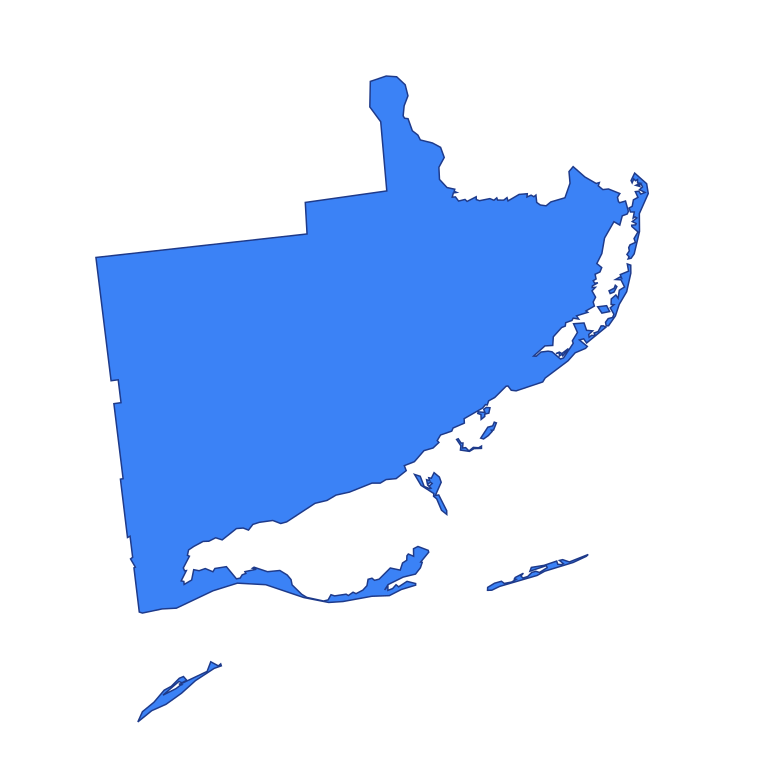 Isla Mujeres, Quintana Roo, Mexico, rotated 83°
{"feature_id": "50627088B16692163202625", "entity_name": "Isla Mujeres", "entity_type": "district", "adm_level": 2, "iso_a3": "MEX", "parent_name": "Mexico", "parent_adm1": "Quintana Roo", "projection": "natural_earth1", "projection_center": [-86.89, 21.403], "detail": "fine", "context": "isolated", "style": "filled", "palette": "blue", "viewbox_px": 768, "rotation_deg": 83, "n_neighbors": 0, "source": "geoboundaries", "source_scale": "gbopen_adm2", "svg_char_len": 6175}
<svg xmlns="http://www.w3.org/2000/svg" viewBox="0 0 768 768"><g transform="rotate(83 384 384)"><path d="M580.5,654.7L581.9,651.7L580.2,631.7L581.2,617.4L568.4,578.9L563.8,553.8L568.8,525.8L586.2,489.6L594.1,465.5L594.9,451.2L593.2,421.9L594.7,404.5L590.1,391.9L587.5,377.1L585.9,376.9L582.7,385.2L587.1,394.2L584.7,396.5L588.1,400.4L589.3,405.3L584.7,404.7L588.5,408.5L583.6,404.4L578.0,388.5L576.5,375.9L570.9,370.3L565.7,367.8L565.2,369.3L556.4,360.1L554.5,360.4L549.4,370.1L551.1,374.8L558.6,375.6L555.7,380.6L557.3,382.2L561.7,382.9L563.9,387.4L570.7,390.6L567.4,400.2L577.1,412.6L577.7,417.3L575.3,419.6L575.9,423.6L582.1,425.5L586.0,430.1L588.7,437.3L586.9,440.1L589.6,445.2L588.0,447.2L588.3,458.8L586.7,462.3L591.5,465.8L592.0,470.5L586.4,486.6L582.7,491.3L572.2,499.7L566.8,500.1L561.8,503.3L556.4,510.1L556.1,522.5L550.0,535.3L550.8,537.0L552.3,533.3L553.3,544.9L555.2,544.2L556.1,548.0L559.1,550.4L559.4,554.2L546.1,562.7L546.5,574.3L549.5,576.7L545.4,583.9L546.8,590.3L545.1,595.5L555.1,598.8L558.6,606.8L555.6,606.7L554.7,609.3L545.1,602.9L545.1,604.7L542.1,605.6L531.2,598.1L530.1,600.0L524.9,598.2L522.0,592.5L518.2,582.7L518.7,577.0L516.1,569.8L519.0,563.6L509.5,548.1L509.8,541.3L512.5,536.3L507.4,531.3L506.1,524.6L505.9,511.0L509.9,503.5L509.0,497.4L494.0,467.0L492.6,454.7L488.4,445.1L487.1,431.5L480.9,408.0L481.9,399.8L479.1,393.6L479.4,383.5L472.7,372.5L467.5,373.8L464.8,363.3L455.0,352.4L453.5,343.1L448.7,336.6L446.7,338.1L441.5,334.1L439.0,322.5L436.1,320.8L432.6,309.0L428.2,308.7L419.9,289.1L416.8,285.8L417.4,284.1L413.5,282.2L410.8,275.6L401.1,263.1L401.1,261.2L405.7,258.5L406.9,253.7L401.3,226.2L397.7,223.3L383.4,198.5L376.3,190.4L373.2,179.6L371.5,177.6L364.1,184.7L363.5,180.3L368.0,177.9L354.8,157.0L353.1,158.9L352.8,161.4L358.0,165.1L359.0,169.3L361.6,168.5L361.0,172.1L362.6,174.7L359.8,174.8L356.7,170.4L355.4,176.4L347.8,178.0L347.3,188.5L356.4,185.7L364.1,191.8L366.6,191.2L380.0,202.6L380.7,205.8L372.5,213.3L371.4,217.2L371.4,224.3L375.0,229.5L374.5,232.1L365.8,219.6L366.3,211.8L357.8,210.2L349.6,200.8L348.6,197.0L345.3,196.2L343.8,189.7L341.7,188.2L343.3,182.8L339.8,184.6L337.7,173.0L336.1,174.7L332.3,165.7L328.1,166.4L323.6,163.4L316.9,166.2L313.8,162.4L313.6,165.6L312.0,165.2L309.6,159.4L309.6,162.6L307.0,163.8L305.6,160.7L300.8,161.1L299.1,156.0L295.0,153.7L290.4,158.1L281.1,151.9L266.0,147.3L250.9,136.0L255.0,130.6L246.1,127.0L244.9,121.9L242.5,120.4L231.8,122.0L232.8,128.1L231.4,129.1L227.1,129.5L223.7,126.7L217.8,137.4L217.7,143.1L213.4,147.2L210.3,145.7L210.8,149.0L203.0,159.4L191.3,169.8L195.7,174.5L207.4,174.9L221.2,181.7L223.6,196.2L226.9,201.4L225.4,207.0L222.4,210.3L215.0,210.2L216.4,212.4L214.5,215.0L215.8,219.3L212.6,218.6L212.3,226.8L217.4,238.6L214.0,239.2L216.1,242.8L215.3,248.8L213.0,249.4L215.0,252.5L212.9,256.3L213.7,266.9L212.2,269.9L209.4,269.7L212.9,279.3L210.7,281.1L211.5,287.7L207.0,290.3L206.9,293.5L202.8,291.9L202.7,288.5L201.3,290.9L199.3,290.0L196.7,297.5L187.7,304.0L175.6,303.1L166.5,296.6L156.0,299.0L150.7,306.5L146.2,318.2L141.1,320.0L136.1,325.0L123.6,327.8L122.7,331.2L120.2,332.3L110.3,330.1L100.9,325.1L89.6,326.5L80.6,334.0L78.6,344.3L82.0,360.7L107.3,364.3L123.3,355.3L192.7,357.7L194.2,440.0L225.7,442.1L223.3,654.5L347.5,654.5L347.4,647.3L370.5,647.3L370.6,654.5L446.2,654.5L446.3,657.2L505.1,657.3L504.1,654.6L525.4,654.6L526.7,656.9L535.5,653.1L536.0,654.6L580.5,654.7ZM643.9,579.8L641.9,580.2L643.6,582.7L638.6,589.8L647.7,594.6L656.9,622.3L657.8,621.2L658.2,622.8L656.8,623.2L656.9,623.6L658.2,622.9L661.0,627.6L665.9,641.3L654.3,623.9L655.9,620.9L654.0,615.9L649.9,618.7L651.1,623.0L658.1,631.9L661.1,639.5L671.8,651.1L679.8,663.7L689.4,669.5L679.9,654.3L675.3,639.3L666.2,622.6L655.4,607.2L645.6,587.3L643.9,579.8ZM212.2,114.0L214.6,113.2L210.9,111.1L212.9,109.6L211.9,107.4L215.2,107.8L216.0,105.0L217.5,109.8L219.0,106.2L217.6,107.0L217.5,104.2L219.9,103.4L222.3,106.7L225.7,101.6L226.8,106.0L223.7,107.6L223.7,111.1L229.7,109.2L231.6,114.0L237.9,116.0L239.2,119.3L243.3,118.4L243.8,114.6L249.7,116.5L248.7,114.5L250.0,112.8L253.0,117.8L255.5,114.1L256.7,114.9L256.6,118.8L257.9,118.8L264.0,113.4L270.1,118.1L274.1,117.2L275.8,122.8L278.4,124.5L281.8,124.3L285.0,127.1L287.6,125.3L289.6,126.5L289.3,123.4L285.3,119.8L263.7,111.8L246.0,109.8L227.2,98.5L217.2,98.9L205.2,109.5L212.2,114.0ZM304.1,125.5L296.1,124.6L294.5,127.9L301.8,127.5L304.2,136.2L307.7,135.3L306.6,136.9L308.5,141.4L309.5,136.1L317.0,133.4L319.6,139.0L327.4,141.2L323.9,143.0L327.3,148.1L332.7,148.9L333.3,146.1L336.0,150.2L342.8,147.3L345.8,149.0L346.4,153.5L349.7,156.6L353.5,156.4L353.5,154.0L344.6,146.0L333.6,140.8L322.0,131.9L304.1,125.5ZM589.4,247.3L584.2,218.0L579.7,204.2L578.1,202.1L583.2,221.7L580.1,228.1L580.5,231.4L584.1,227.9L584.9,229.9L584.1,233.5L580.8,234.2L583.5,247.2L584.0,260.1L587.6,262.0L584.1,245.0L586.2,244.4L590.0,252.7L588.4,256.1L589.1,260.4L592.6,264.8L593.5,269.8L591.2,271.5L588.8,268.7L592.0,277.3L593.4,278.4L594.0,276.7L596.1,281.5L596.6,288.9L594.1,291.5L595.2,298.6L598.5,305.9L601.4,306.4L601.8,302.1L599.0,293.9L592.7,255.4L589.4,247.3ZM521.1,337.6L517.4,337.2L500.8,343.2L500.9,346.6L488.5,339.2L483.1,340.4L478.1,345.1L483.3,348.5L482.5,351.0L485.6,350.4L484.2,353.4L488.4,353.1L487.4,349.5L488.6,348.3L490.5,350.9L489.3,353.2L493.2,350.0L493.5,351.3L490.6,356.6L480.0,359.3L477.5,364.7L489.1,359.6L498.8,347.9L501.5,348.5L504.4,345.7L516.3,342.3L521.1,337.6ZM443.1,280.9L436.3,277.2L435.3,279.2L438.8,281.2L439.5,286.2L449.5,294.6L450.7,291.9L447.9,286.7L444.2,282.4L443.0,283.1L443.1,280.9ZM459.8,295.1L457.5,294.8L458.8,297.9L457.8,303.1L460.8,307.8L457.1,310.7L457.1,313.8L452.2,312.8L452.0,314.7L447.4,317.0L447.9,318.7L454.7,315.2L458.9,316.2L461.3,307.4L459.1,302.5L459.8,295.1ZM339.6,151.2L333.4,153.5L333.4,162.5L340.2,159.1L339.6,151.2ZM420.5,281.7L419.7,285.3L421.3,288.1L424.5,287.3L423.1,293.9L424.7,294.5L426.1,291.5L431.0,291.9L428.5,287.9L426.2,287.7L425.7,283.5L420.5,281.7ZM320.8,144.5L315.7,141.0L314.2,142.4L317.0,143.9L318.9,149.3L321.8,148.5L320.8,144.5ZM377.8,203.1L371.3,196.7L375.4,203.7L373.7,206.1L374.7,209.6L374.4,206.2L377.6,206.5L376.3,203.5L377.8,203.1Z" fill="#3b82f6" stroke="#1e3a8a" stroke-width="1.5"/></g></svg>